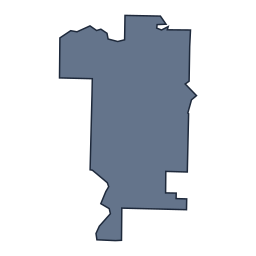 Prairie, Arkansas, United States of America
{"feature_id": "52423323B23335905027720", "entity_name": "Prairie", "entity_type": "district", "adm_level": 2, "iso_a3": "USA", "parent_name": "United States of America", "parent_adm1": "Arkansas", "projection": "natural_earth1", "projection_center": [-91.556, 34.786], "detail": "fine", "context": "isolated", "style": "filled", "palette": "slate", "viewbox_px": 256, "rotation_deg": 0, "n_neighbors": 0, "source": "geoboundaries", "source_scale": "gbopen_adm2", "svg_char_len": 703}
<svg xmlns="http://www.w3.org/2000/svg" viewBox="0 0 256 256"><path d="M96.9,239.8L115.4,240.6L121.5,240.3L121.8,208.1L186.5,209.7L186.7,198.9L176.1,198.6L176.2,193.1L165.6,192.9L165.8,171.4L187.3,172.0L188.6,113.7L187.8,113.0L191.5,99.8L196.5,95.6L185.2,84.0L189.1,81.2L189.7,46.4L190.5,30.0L167.3,29.8L168.2,26.6L161.5,30.0L156.7,28.1L157.1,24.6L166.0,24.2L160.4,16.1L125.0,15.4L124.6,39.8L117.7,41.5L108.1,39.0L107.0,33.3L100.9,29.2L96.6,30.5L90.0,25.9L77.0,31.8L70.7,30.7L59.9,37.9L59.5,77.9L92.3,78.7L92.0,94.8L90.1,169.8L92.4,170.2L107.3,182.7L108.7,186.7L105.8,191.6L100.8,203.7L109.2,208.6L110.4,213.7L99.3,226.2L96.0,233.5L96.9,239.8Z" fill="#64748b" stroke="#1e293b" stroke-width="1.5"/></svg>